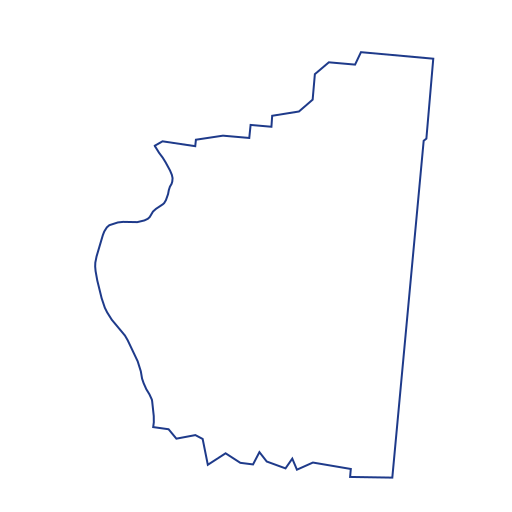 outline of Cape Girardeau, Missouri, United States of America, rotated 185°
{"feature_id": "52423323B27788547677425", "entity_name": "Cape Girardeau", "entity_type": "district", "adm_level": 2, "iso_a3": "USA", "parent_name": "United States of America", "parent_adm1": "Missouri", "projection": "natural_earth1", "projection_center": [-89.566, 37.365], "detail": "fine", "context": "isolated", "style": "outline", "palette": "blue", "viewbox_px": 512, "rotation_deg": 185, "n_neighbors": 0, "source": "geoboundaries", "source_scale": "gbopen_adm2", "svg_char_len": 1198}
<svg xmlns="http://www.w3.org/2000/svg" viewBox="0 0 512 512"><g transform="rotate(185 256 256)"><path d="M96.6,468.0L169.2,468.2L174.0,455.3L200.3,455.3L213.2,442.3L213.2,416.7L225.8,403.7L252.1,397.1L251.9,386.1L263.9,386.1L272.8,386.1L273.0,373.0L299.4,373.0L326.0,366.6L326.1,360.1L359.1,362.1L367.1,356.6L366.3,356.7L361.6,350.4L357.4,345.7L354.2,341.4L349.1,333.7L346.9,329.5L345.9,326.3L345.9,322.9L346.4,320.5L347.8,317.5L348.6,314.0L349.0,310.0L350.6,303.8L352.1,300.7L353.2,299.5L359.7,294.3L362.5,291.3L365.3,285.5L366.7,284.0L366.9,283.7L369.1,282.4L370.3,281.7L377.2,279.4L391.4,278.4L396.5,277.4L404.8,273.9L407.1,271.5L409.3,267.2L410.4,263.4L414.8,241.7L415.5,235.4L415.3,231.5L414.5,227.0L412.0,217.8L406.1,200.5L402.1,191.3L399.4,186.9L394.1,179.9L379.6,165.3L376.5,160.9L364.7,140.8L360.7,131.1L358.8,123.9L356.9,119.6L353.7,113.8L350.1,108.9L347.2,103.8L346.8,102.3L343.9,87.6L343.3,81.4L343.5,76.6L328.0,75.8L319.4,67.1L300.8,72.3L293.2,69.1L285.8,43.8L269.1,56.8L253.6,48.6L240.8,48.1L235.5,60.9L227.4,52.2L208.1,47.0L202.2,57.3L196.6,46.7L181.3,55.2L143.0,52.1L143.0,44.1L100.9,47.1L99.0,385.4L96.5,387.8L96.6,468.0Z" fill="none" stroke="#1e3a8a" stroke-width="2"/></g></svg>